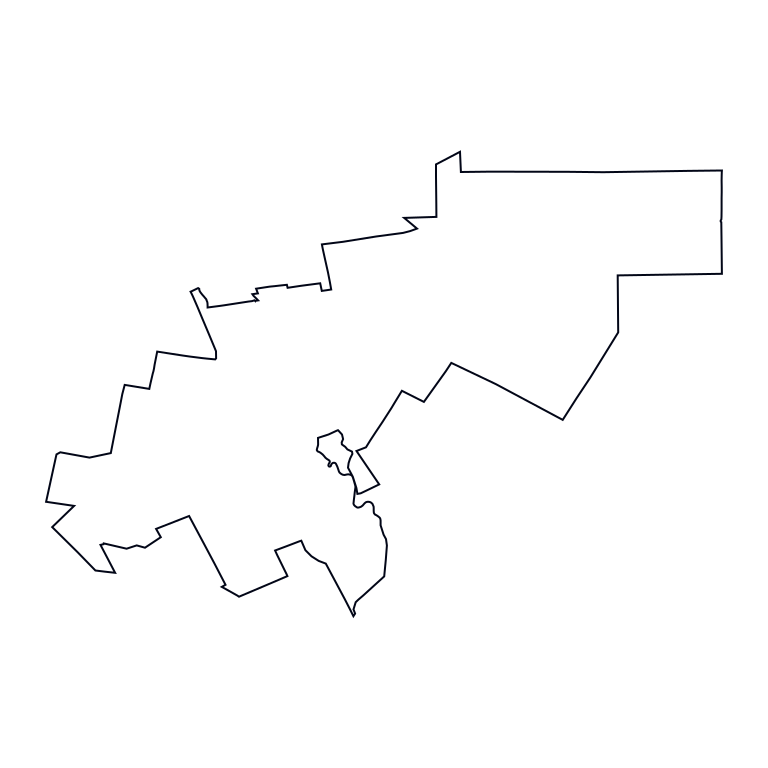 Bragadiru, Teleorman, Romania
{"feature_id": "2599482B28400494535503", "entity_name": "Bragadiru", "entity_type": "district", "adm_level": 2, "iso_a3": "ROU", "parent_name": "Romania", "parent_adm1": "Teleorman", "projection": "robinson", "projection_center": [25.524, 43.753], "detail": "fine", "context": "isolated", "style": "outline", "palette": "ink", "viewbox_px": 768, "rotation_deg": 0, "n_neighbors": 0, "source": "geoboundaries", "source_scale": "gbopen_adm2", "svg_char_len": 4066}
<svg xmlns="http://www.w3.org/2000/svg" viewBox="0 0 768 768"><path d="M229.2,591.0L237.4,595.6L239.0,596.7L267.1,584.8L287.4,576.1L286.5,574.0L284.7,570.4L277.1,554.9L275.1,550.5L287.4,545.9L299.7,541.2L301.3,540.7L305.4,550.2L311.5,556.3L318.7,560.9L325.8,563.6L337.6,585.7L344.7,599.0L350.5,610.3L353.4,616.2L355.1,613.6L353.5,609.4L355.7,602.2L358.3,599.7L363.2,595.5L384.2,576.4L385.8,559.8L386.9,545.5L386.0,539.1L383.6,534.7L380.6,525.3L380.6,523.6L380.6,520.6L380.4,519.2L380.1,518.3L379.6,517.6L378.3,516.5L376.4,515.2L375.1,514.6L374.5,513.9L374.0,513.2L373.8,512.3L373.7,510.7L373.7,508.0L373.6,506.6L373.1,505.4L372.4,503.8L371.4,502.9L370.6,502.3L369.7,502.0L368.6,501.8L367.4,501.8L366.2,502.1L365.4,502.6L364.5,503.4L362.7,505.5L361.1,506.7L359.8,507.2L358.7,507.5L357.9,507.6L357.2,507.5L356.3,506.9L355.3,506.3L354.2,505.2L353.7,504.3L353.5,503.6L353.5,503.1L353.6,502.5L353.9,499.6L354.4,495.6L354.8,491.8L355.2,489.0L355.4,487.7L355.4,486.3L355.1,485.0L353.8,480.4L353.1,478.2L352.5,476.5L351.9,475.7L351.4,475.2L350.5,474.8L349.4,474.5L348.2,474.3L346.8,474.5L344.6,475.0L343.7,474.9L342.7,474.7L341.5,474.1L340.5,473.4L339.5,472.5L338.9,471.4L338.4,469.8L337.3,466.6L336.0,463.9L335.7,463.5L335.4,463.2L334.8,462.9L334.5,462.8L334.0,462.8L333.4,462.8L332.9,462.9L332.3,463.3L331.7,463.9L331.3,464.5L331.0,465.2L330.9,465.8L330.6,466.2L330.2,466.5L329.8,466.6L329.4,466.6L328.9,466.4L328.6,466.0L328.4,465.6L328.4,465.1L328.6,464.4L328.9,463.5L329.6,462.6L329.8,461.9L329.7,461.2L329.4,460.6L328.6,460.0L326.7,458.8L325.3,457.6L324.3,456.3L322.7,454.5L320.4,452.7L319.4,452.1L318.4,451.7L317.7,451.4L317.3,450.9L316.9,450.3L316.8,449.9L316.9,449.4L317.2,448.1L317.7,446.5L318.1,444.8L318.1,443.0L318.0,437.9L328.5,434.5L336.7,430.7L338.0,430.2L338.8,431.0L339.8,432.1L342.0,434.5L343.1,439.1L341.7,442.4L341.9,444.4L342.4,444.8L345.2,446.8L347.4,449.4L352.0,451.6L352.4,453.9L350.1,458.5L348.6,463.1L348.0,467.7L352.8,476.7L356.4,488.0L357.4,493.9L360.7,493.3L367.0,490.3L379.2,484.4L356.5,451.0L366.0,447.3L370.2,440.5L375.7,432.1L382.4,422.1L391.4,408.1L394.4,403.1L401.9,390.8L423.9,401.9L445.9,371.1L451.3,362.9L496.0,384.2L556.2,416.4L561.3,419.1L562.7,419.9L576.7,398.0L590.4,377.4L618.2,332.4L617.7,275.4L721.9,273.8L721.5,237.7L721.3,222.2L720.8,221.7L720.7,221.3L720.6,221.0L720.7,220.7L720.8,220.3L721.1,219.9L721.3,219.5L721.4,219.2L721.4,218.4L721.5,216.9L721.6,209.5L721.6,204.6L721.6,198.2L721.7,192.5L721.7,187.2L721.6,180.4L721.7,175.0L721.8,171.7L721.9,171.0L721.9,170.5L695.1,170.8L687.1,170.9L603.4,172.2L566.7,171.8L514.0,171.7L489.0,171.7L486.1,171.7L460.9,172.0L460.0,151.8L436.0,164.4L436.0,176.4L436.3,203.3L436.4,216.9L404.2,217.9L417.0,228.6L410.1,231.1L403.1,232.9L376.1,236.5L343.0,241.8L321.9,244.4L322.8,249.1L324.6,257.3L328.0,272.5L329.9,282.2L331.2,289.5L326.7,290.2L321.8,290.9L320.2,283.3L307.1,285.0L301.0,285.8L287.6,287.8L286.9,284.8L280.4,285.5L274.2,286.2L269.9,286.6L267.9,286.9L256.1,288.7L257.9,293.4L252.4,294.2L253.6,295.9L256.5,298.7L258.1,300.4L256.2,300.7L255.8,300.8L255.4,300.9L255.3,301.1L254.5,300.3L252.1,301.1L250.6,301.3L248.8,301.5L224.1,305.3L219.9,305.9L207.6,307.5L207.6,306.1L207.5,303.4L207.3,302.1L207.0,301.3L206.6,300.5L206.5,300.0L206.4,299.6L206.1,299.1L205.5,298.4L204.8,297.6L204.0,296.6L202.3,294.7L200.5,292.4L199.7,291.1L199.3,289.8L199.2,289.2L199.2,288.8L198.1,288.1L190.9,291.6L190.6,291.7L191.7,293.9L192.9,296.4L193.9,298.7L197.5,307.0L202.3,318.5L209.6,335.8L216.0,351.2L216.1,358.3L215.2,359.4L206.9,358.6L202.2,358.1L189.5,356.5L182.5,355.5L157.2,351.6L154.6,364.7L154.0,368.6L153.4,371.4L152.8,373.4L150.4,383.7L149.3,388.9L124.7,384.9L122.3,394.1L120.9,401.4L118.7,412.7L116.2,425.4L110.8,453.1L106.0,454.1L89.5,457.6L60.3,452.3L56.5,454.4L56.1,456.1L46.1,501.8L74.1,505.9L52.2,527.1L77.6,552.2L95.4,570.5L105.2,571.7L115.1,572.8L107.8,558.8L100.5,544.9L103.5,544.2L103.7,543.4L126.6,548.7L136.7,545.4L145.0,547.7L160.8,537.2L156.1,528.9L189.1,516.0L204.4,544.6L214.4,563.4L225.5,584.8L221.8,586.9L229.2,591.0Z" fill="none" stroke="#020617" stroke-width="2"/></svg>